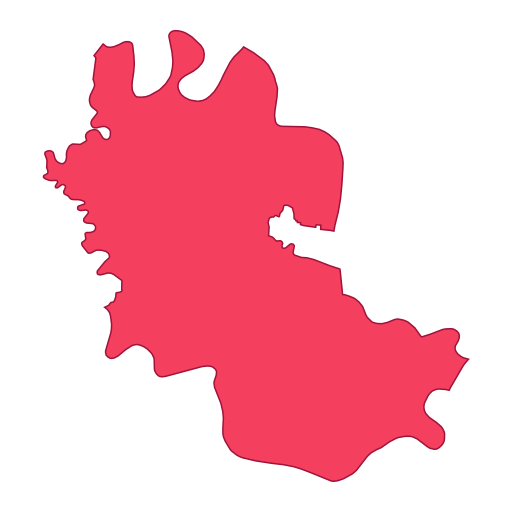 An Duong, Hải Phòng, Vietnam
{"feature_id": "81297802B31270346353021", "entity_name": "An Duong", "entity_type": "district", "adm_level": 2, "iso_a3": "VNM", "parent_name": "Vietnam", "parent_adm1": "Hải Phòng", "projection": "albers", "projection_center": [106.579, 20.884], "detail": "fine", "context": "isolated", "style": "filled", "palette": "rose", "viewbox_px": 512, "rotation_deg": 0, "n_neighbors": 0, "source": "geoboundaries", "source_scale": "gbopen_adm2", "svg_char_len": 5902}
<svg xmlns="http://www.w3.org/2000/svg" viewBox="0 0 512 512"><path d="M243.6,46.9L241.7,49.3L234.0,56.9L230.0,62.4L223.1,75.7L221.2,80.1L218.1,85.8L214.4,91.5L210.1,95.9L206.3,98.9L202.7,100.5L197.8,101.3L190.9,100.2L189.0,99.6L184.6,97.4L181.4,94.8L179.7,92.2L178.4,89.1L177.9,86.0L178.2,84.1L178.8,82.1L180.1,80.2L181.6,78.4L184.8,75.9L193.6,71.0L198.0,67.6L201.6,63.6L203.2,60.9L203.9,58.1L204.2,54.0L203.4,49.6L200.9,45.5L192.0,37.0L187.2,33.9L184.5,32.5L181.6,31.5L178.0,30.8L175.0,30.7L172.6,31.1L170.8,32.2L169.5,33.7L168.9,35.4L169.0,37.1L172.0,52.0L172.9,61.2L172.5,67.4L170.8,75.5L169.5,78.0L165.7,83.8L160.7,88.8L158.7,90.4L149.6,95.5L145.4,96.8L141.1,97.2L137.3,97.0L136.3,96.6L135.1,95.6L133.0,92.1L132.3,89.5L132.0,86.1L132.2,82.2L133.7,71.8L134.3,64.1L133.9,56.3L132.8,46.3L132.4,44.4L131.6,43.1L130.5,42.3L128.7,41.7L125.5,41.7L123.2,42.4L119.3,44.5L113.9,46.7L110.6,47.3L107.5,47.0L106.2,46.5L103.1,44.0L94.0,55.6L95.9,57.9L93.1,79.4L94.3,82.8L94.6,85.5L93.6,88.4L90.4,95.0L89.6,97.9L89.4,100.8L90.4,104.8L91.4,106.4L92.6,107.7L97.0,111.1L97.4,112.3L97.0,113.5L92.0,119.8L91.1,121.9L91.0,123.9L91.7,125.9L93.0,127.3L94.0,127.7L96.5,127.9L100.3,126.9L103.8,126.4L105.6,126.7L108.2,128.2L109.8,129.9L110.4,131.4L110.3,135.6L109.7,137.4L108.2,139.1L107.1,139.5L104.8,139.3L102.8,137.9L99.6,132.5L97.6,130.4L95.5,129.7L93.6,129.6L89.8,130.7L87.1,132.6L85.8,134.8L85.6,136.8L86.6,140.3L85.9,141.1L81.1,144.0L79.9,144.4L73.0,144.0L71.7,144.4L69.5,146.0L68.7,147.1L67.0,150.6L66.4,153.8L66.5,157.7L65.9,160.4L65.0,162.1L63.2,163.6L60.8,163.6L59.8,163.2L57.5,161.9L56.4,160.9L55.0,158.6L53.4,152.9L52.7,151.9L51.6,151.2L49.6,150.7L47.4,151.0L46.0,151.6L45.1,152.4L44.8,154.0L46.6,158.9L47.0,161.0L46.7,167.7L47.7,170.3L47.9,172.3L47.7,173.1L46.5,174.1L43.9,175.5L43.5,176.1L43.5,177.3L45.2,178.8L48.6,180.1L50.8,180.6L55.9,180.4L57.0,180.7L57.4,181.1L57.7,182.2L55.5,185.8L55.3,186.7L55.7,187.7L57.0,187.9L57.9,187.6L61.9,184.6L63.2,184.6L64.7,185.2L65.4,186.4L65.5,187.2L63.7,191.5L63.8,193.0L64.3,193.8L65.1,194.4L67.7,195.6L70.5,198.7L71.5,199.3L73.8,199.6L78.6,199.7L81.1,200.2L83.5,201.1L84.4,201.7L84.8,202.9L84.4,204.0L78.4,206.1L77.7,207.1L77.7,208.9L78.2,209.7L80.3,210.6L86.1,210.0L87.8,210.8L88.3,211.6L88.1,213.3L83.9,218.6L83.6,220.2L83.9,221.3L84.6,222.1L86.4,223.0L92.4,223.6L93.6,224.1L95.4,226.0L95.6,228.3L94.7,230.5L93.8,231.2L92.4,231.9L90.1,232.5L86.7,232.5L85.3,233.3L85.1,234.1L85.8,239.0L84.8,240.5L82.2,242.2L81.7,243.2L81.7,244.0L82.4,245.9L87.9,252.8L88.5,253.2L90.8,253.0L96.2,250.2L99.3,250.1L102.1,250.4L105.6,251.3L108.0,252.9L108.9,254.1L109.5,256.4L109.0,258.0L104.9,261.7L97.4,270.9L97.1,272.3L97.5,274.0L98.1,274.5L100.5,274.9L107.9,273.0L111.1,273.3L113.8,274.5L121.9,280.5L121.7,289.7L122.0,290.1L121.7,291.2L119.8,292.2L116.4,292.7L116.0,293.3L115.8,296.7L114.5,300.5L113.6,301.8L110.7,302.6L108.6,305.4L104.6,307.3L107.3,309.3L109.7,312.9L110.6,316.4L111.6,324.3L111.4,329.2L110.7,333.3L105.6,350.8L105.6,352.7L106.1,355.0L107.7,356.8L110.2,358.3L111.5,358.4L114.1,358.0L117.9,356.1L125.6,349.7L131.3,346.0L133.5,345.0L136.9,344.5L139.1,344.9L141.7,345.7L144.5,347.1L147.4,349.1L151.2,352.9L152.4,354.6L153.9,358.0L154.2,359.6L154.4,369.1L154.8,370.9L156.4,373.8L158.3,375.7L159.4,376.3L161.6,376.8L165.4,376.4L201.9,366.6L207.1,366.0L209.2,366.1L211.2,366.4L212.8,367.1L215.2,369.0L216.3,370.8L216.5,372.0L216.3,374.9L214.1,381.7L214.0,383.2L214.5,387.1L220.9,403.3L222.8,411.6L223.4,418.4L222.9,427.8L222.9,433.1L223.3,436.2L223.9,437.9L225.2,441.1L230.1,449.3L231.5,451.0L236.8,455.1L239.6,456.6L243.0,457.9L255.9,460.9L271.7,463.3L282.9,464.6L293.5,466.6L300.6,468.8L308.9,471.9L331.0,480.9L333.6,481.3L337.9,480.7L343.6,478.7L352.6,473.7L356.4,470.4L366.4,457.5L368.1,455.6L371.3,452.7L376.5,449.7L381.1,447.7L389.8,441.6L395.6,438.6L398.7,437.4L405.3,436.3L410.0,436.3L412.6,436.8L417.3,439.0L427.1,446.5L430.0,448.3L434.4,449.3L436.8,449.0L438.9,447.8L441.0,446.0L442.7,444.0L443.7,442.1L444.3,440.2L444.5,438.1L444.6,434.0L444.3,432.1L442.7,428.7L441.3,426.7L436.6,422.6L429.1,417.3L425.7,413.4L424.7,411.3L424.1,409.1L423.9,407.0L424.0,405.1L424.7,402.5L428.1,395.7L429.3,393.9L432.3,391.0L435.3,389.7L437.4,389.1L439.4,389.0L445.6,389.5L449.2,390.3L450.4,387.7L462.8,366.4L464.6,363.7L468.5,359.2L463.5,357.8L460.8,356.4L457.7,353.9L455.8,351.2L455.0,348.8L455.2,346.9L455.4,345.8L457.9,341.5L459.1,338.3L459.4,336.0L458.7,333.2L456.8,331.0L453.8,329.2L451.4,328.7L446.0,328.9L442.9,329.4L429.7,334.4L422.4,336.7L421.5,336.7L420.7,336.1L414.8,327.8L408.3,322.3L406.3,321.2L403.1,320.0L398.0,319.0L396.2,319.2L394.4,319.6L387.5,322.4L382.0,323.7L377.3,323.5L373.4,322.6L371.7,321.7L367.1,317.2L365.7,314.4L362.6,306.5L358.9,301.9L355.0,298.7L353.1,297.7L348.5,295.9L344.9,294.8L342.6,294.5L340.1,269.9L339.8,269.0L329.7,265.7L314.0,259.6L307.0,257.8L301.3,257.4L294.8,255.2L293.8,254.4L293.3,253.5L293.1,252.3L294.3,246.1L294.2,245.4L293.0,244.1L291.6,243.8L290.2,244.1L285.5,248.0L283.4,248.3L282.6,247.8L282.1,246.9L282.0,244.9L282.7,243.8L282.7,243.2L281.9,241.6L280.4,240.7L276.5,241.0L275.8,240.6L273.6,238.1L272.2,237.0L268.6,235.7L269.1,227.0L268.1,222.5L269.2,218.5L269.8,217.9L271.5,217.1L273.6,217.0L275.2,215.5L275.8,215.4L278.6,216.7L279.3,216.6L280.0,213.4L282.7,210.3L283.8,205.8L284.6,205.2L288.1,205.4L292.4,207.9L294.0,213.9L294.1,218.7L295.5,219.7L296.1,221.0L297.4,221.1L297.4,222.5L300.6,222.7L300.4,224.6L303.8,225.6L315.7,227.3L316.1,224.9L320.8,225.1L320.7,229.4L329.7,230.3L333.9,231.1L335.0,225.0L338.3,211.8L340.5,198.7L341.8,185.1L342.9,168.5L343.1,162.9L342.6,158.1L339.0,145.7L337.3,142.4L335.7,140.6L329.1,134.7L324.9,131.9L319.4,129.4L311.6,127.7L304.7,126.8L281.6,126.3L279.6,125.8L277.7,124.8L276.4,123.6L275.5,121.8L274.6,116.2L274.8,111.7L277.0,96.9L277.5,88.9L276.5,84.4L275.3,81.1L275.0,79.0L273.6,74.8L268.4,65.2L264.3,60.7L253.7,52.8L243.6,46.9Z" fill="#f43f5e" stroke="#9f1239" stroke-width="1.5"/></svg>